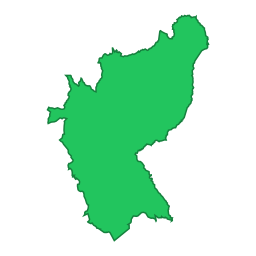 the district of San Agustín Metzquititlán, Hidalgo, Mexico
{"feature_id": "50627088B54107470170219", "entity_name": "San Agustín Metzquititlán", "entity_type": "district", "adm_level": 2, "iso_a3": "MEX", "parent_name": "Mexico", "parent_adm1": "Hidalgo", "projection": "equal_earth", "projection_center": [-98.601, 20.521], "detail": "fine", "context": "isolated", "style": "filled", "palette": "green", "viewbox_px": 256, "rotation_deg": 0, "n_neighbors": 0, "source": "geoboundaries", "source_scale": "gbopen_adm2", "svg_char_len": 5732}
<svg xmlns="http://www.w3.org/2000/svg" viewBox="0 0 256 256"><path d="M171.8,220.9L172.3,220.6L172.1,218.6L172.4,217.9L170.3,217.7L170.5,216.4L170.1,215.7L169.2,215.3L168.6,214.2L168.1,210.0L168.6,209.4L168.6,207.8L169.2,206.4L169.1,206.0L167.4,204.5L167.2,204.1L167.4,203.1L166.3,202.1L166.2,201.3L164.7,199.9L162.4,196.5L161.4,195.8L160.0,193.7L158.5,192.7L156.6,189.4L155.0,188.2L154.6,186.8L154.6,184.7L153.4,184.0L153.0,183.3L152.7,181.5L151.2,180.7L152.0,179.8L152.2,178.9L151.7,178.3L150.6,178.6L149.5,177.8L149.6,176.5L151.2,175.6L151.2,174.9L150.1,175.1L149.5,174.8L149.2,174.2L149.0,171.7L145.8,170.3L144.7,168.6L143.7,167.9L144.1,165.8L142.2,163.1L140.5,161.6L138.4,161.4L137.7,160.8L136.9,159.5L136.7,155.8L135.1,154.3L135.8,153.0L137.2,153.2L138.3,150.4L139.8,150.7L140.1,150.4L139.9,149.9L140.6,149.6L141.5,149.8L142.0,149.4L142.0,148.7L143.1,148.6L143.7,147.1L144.8,146.5L145.3,145.4L146.4,144.9L146.7,144.1L150.5,144.8L151.2,145.4L151.6,144.5L152.6,144.1L152.9,143.2L153.5,143.1L154.1,142.1L154.6,142.1L154.8,141.2L155.6,140.4L157.0,140.3L159.0,141.6L159.6,141.5L159.9,141.0L161.5,140.9L164.5,139.9L166.2,140.0L165.5,137.8L166.0,137.1L166.3,135.4L167.4,134.8L167.5,132.0L168.5,130.7L168.5,130.2L171.5,129.5L172.3,128.4L174.4,127.7L175.6,127.7L176.8,125.1L178.7,124.2L179.8,122.4L180.3,122.5L180.6,121.7L181.7,121.4L181.4,120.2L182.6,120.0L183.1,118.9L184.2,117.6L187.2,107.6L188.6,106.2L188.8,105.1L189.7,104.7L190.0,104.0L190.8,103.3L191.3,101.2L191.9,100.3L191.4,99.8L192.1,99.0L191.3,97.3L191.2,96.1L191.6,95.1L192.4,94.7L192.7,93.5L192.2,92.9L192.7,92.0L192.3,90.5L192.7,88.6L193.2,88.4L193.6,87.6L192.5,85.7L192.4,84.4L193.0,82.4L193.0,81.0L192.7,79.7L193.0,79.0L192.6,76.7L191.8,75.4L192.6,74.7L192.7,74.1L192.3,72.0L192.3,70.4L193.8,68.6L193.8,68.0L192.8,66.0L193.3,65.3L193.3,63.8L193.5,63.4L194.4,63.0L194.8,61.0L201.7,50.7L204.6,49.1L206.7,48.6L207.6,47.5L207.6,44.6L208.5,44.3L208.1,43.3L207.0,44.0L207.4,40.2L208.1,39.1L207.2,38.7L207.8,37.3L205.7,35.7L205.3,32.4L204.4,29.6L204.4,28.1L203.1,27.2L202.9,26.6L201.4,25.2L200.3,24.9L200.0,23.5L198.2,22.3L197.7,20.4L197.0,20.0L196.0,18.4L196.1,16.5L195.4,17.1L194.2,16.9L191.5,17.6L191.2,17.6L190.9,16.7L190.3,16.6L189.4,15.4L188.5,15.7L188.0,15.4L186.5,16.2L184.6,15.5L183.8,16.4L183.0,16.5L181.6,15.9L181.3,16.7L180.3,17.5L179.9,17.2L179.0,17.7L178.5,18.6L177.0,19.5L177.4,19.9L177.3,21.8L175.4,23.1L174.4,22.8L174.0,24.5L172.8,24.8L172.8,25.6L172.4,26.6L172.9,27.6L172.6,29.2L173.5,29.3L173.8,29.8L173.9,32.3L174.4,33.6L174.0,36.0L173.4,36.7L172.4,37.0L172.0,37.9L172.3,38.7L172.1,38.8L169.4,38.6L168.2,37.5L167.0,35.5L167.2,34.7L166.9,34.0L165.2,33.5L161.4,31.5L160.6,30.7L160.2,30.8L159.8,31.5L158.7,40.0L157.9,41.1L157.7,41.9L156.2,42.4L155.8,42.9L154.4,45.7L152.7,46.4L151.3,48.1L150.2,48.2L149.7,48.9L148.6,49.2L148.2,50.1L147.3,50.4L145.2,49.0L143.7,49.9L142.7,49.5L142.2,50.0L140.7,50.4L139.6,51.9L139.0,52.1L138.6,51.2L136.5,53.0L133.8,54.4L132.8,53.9L130.3,55.0L129.4,55.0L127.3,56.1L124.6,55.9L123.4,56.7L120.6,55.8L121.4,53.7L119.0,51.8L118.3,52.6L116.9,52.2L117.1,50.8L116.5,50.1L114.8,52.0L112.4,47.5L112.7,51.8L112.4,53.2L111.8,53.8L110.9,54.1L110.0,53.5L109.5,54.6L107.6,55.3L105.5,53.9L104.8,53.9L103.5,55.0L101.9,58.0L100.0,58.0L99.3,58.6L98.9,61.6L98.1,62.4L98.1,62.8L99.4,63.0L100.3,62.7L100.7,63.5L100.9,66.2L101.6,67.6L101.4,68.3L102.7,70.7L101.8,74.2L101.7,75.3L102.1,76.6L101.7,78.0L100.3,79.2L100.1,80.2L99.4,80.5L98.8,82.1L97.0,83.9L96.8,85.9L96.0,87.3L96.0,91.8L94.2,91.2L92.7,89.8L91.3,89.2L90.8,87.4L89.8,85.9L87.5,85.9L85.4,85.1L84.7,84.2L84.3,82.9L83.2,82.2L81.6,78.5L81.1,78.2L80.3,81.4L79.6,81.5L78.6,82.8L79.2,85.1L79.0,85.7L78.4,86.1L76.4,84.2L74.7,83.6L73.1,81.6L72.9,81.1L72.8,79.4L71.2,77.2L71.2,76.1L70.6,75.4L65.8,75.4L67.6,77.3L67.8,78.5L69.3,81.3L69.0,83.9L69.3,84.0L70.0,85.5L69.7,86.0L70.3,86.2L70.1,87.2L70.7,87.6L71.1,89.1L70.3,91.0L69.0,92.2L69.0,92.7L68.4,93.2L68.2,93.8L68.1,95.4L69.3,96.3L68.9,98.0L68.1,99.0L67.9,99.9L67.2,100.2L66.3,101.4L66.4,102.4L65.1,103.1L65.2,104.0L63.9,105.4L64.8,106.9L64.4,108.4L63.8,109.0L62.1,109.3L60.7,109.1L57.6,107.8L54.6,108.8L52.4,108.0L49.9,107.9L48.8,107.3L47.5,109.8L50.5,111.9L49.8,114.2L49.8,116.2L48.2,119.0L48.4,120.1L48.0,122.7L48.2,123.5L51.2,122.1L54.3,121.8L56.0,121.2L59.9,118.0L60.7,118.0L62.1,118.8L63.3,117.9L63.9,117.8L66.7,118.6L64.3,121.4L64.6,122.6L64.2,125.8L64.0,130.2L64.4,134.1L63.3,134.2L62.8,134.6L62.2,137.9L59.6,140.0L61.0,141.4L62.5,142.2L63.6,144.3L67.6,149.1L68.2,150.1L68.3,152.6L68.8,153.6L71.3,156.0L71.0,157.4L73.0,159.9L73.0,160.9L72.2,162.0L69.8,163.5L68.9,163.5L68.1,165.1L68.4,167.4L69.0,168.1L68.7,169.3L70.4,168.5L71.9,170.3L72.3,172.8L72.2,175.2L74.2,175.3L73.3,176.2L72.6,176.3L72.6,176.9L74.5,176.8L74.6,177.9L75.3,178.1L75.3,178.8L75.7,179.3L75.9,179.3L76.2,178.2L76.5,178.1L79.2,180.5L79.6,181.9L79.3,184.0L77.6,184.4L77.5,186.1L78.1,189.8L79.2,190.9L80.6,191.5L82.1,191.2L83.5,192.2L84.0,194.1L84.1,196.4L85.4,199.1L86.6,203.1L87.6,204.8L88.5,205.0L88.2,208.3L87.2,210.9L85.4,211.5L84.8,212.5L84.8,214.3L84.1,215.4L87.9,213.6L89.5,219.0L89.5,219.7L88.8,221.1L87.8,221.8L88.1,222.3L90.6,223.5L91.1,223.6L92.0,223.0L93.7,225.2L96.0,226.5L96.9,228.2L98.1,228.3L100.1,229.5L100.5,229.3L100.5,229.9L104.1,232.4L105.8,232.5L106.3,232.2L106.8,232.5L108.6,231.9L109.9,232.4L114.3,240.6L129.2,228.5L129.1,225.0L128.0,224.5L130.6,222.8L131.1,222.0L131.3,219.2L133.3,216.0L136.6,216.3L137.9,215.9L141.5,212.6L143.4,212.3L145.7,213.1L148.1,217.0L151.0,218.2L152.9,218.1L155.0,218.9L156.0,221.1L156.2,220.8L155.1,215.4L158.3,217.8L161.3,217.7L161.6,216.5L162.6,217.5L165.1,217.9L165.3,217.3L167.1,218.2L167.3,219.0L171.1,220.1L171.6,219.9L171.8,219.5L172.0,220.5L171.8,220.9Z" fill="#22c55e" stroke="#15803d" stroke-width="1.5"/></svg>